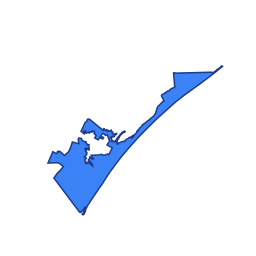 San Francisco del Mar, Oaxaca, Mexico, rotated 297°
{"feature_id": "50627088B36646128750714", "entity_name": "San Francisco del Mar", "entity_type": "district", "adm_level": 2, "iso_a3": "MEX", "parent_name": "Mexico", "parent_adm1": "Oaxaca", "projection": "mercator", "projection_center": [-94.444, 16.207], "detail": "fine", "context": "isolated", "style": "filled", "palette": "blue", "viewbox_px": 256, "rotation_deg": 297, "n_neighbors": 0, "source": "geoboundaries", "source_scale": "gbopen_adm2", "svg_char_len": 5785}
<svg xmlns="http://www.w3.org/2000/svg" viewBox="0 0 256 256"><g transform="rotate(297 128 128)"><path d="M215.5,176.8L198.7,145.9L198.1,143.8L197.8,143.6L185.4,151.2L185.2,150.7L184.2,150.2L183.6,149.3L182.4,148.7L181.8,148.4L181.5,147.9L181.2,147.8L180.6,148.0L179.2,147.2L179.1,146.7L178.5,146.5L177.6,145.8L176.9,145.8L176.2,145.0L175.7,144.9L173.3,143.3L172.6,143.0L172.1,143.1L171.5,143.6L168.6,147.8L167.7,147.1L160.0,144.7L153.7,145.8L151.6,145.7L150.6,145.5L149.5,145.1L146.7,143.8L144.5,143.0L142.1,141.7L139.4,140.6L138.9,140.2L138.5,140.1L137.8,139.8L137.7,139.4L137.1,139.4L137.0,139.6L136.7,139.7L135.7,139.2L134.9,139.1L133.5,138.5L131.5,138.1L131.1,138.2L130.5,137.9L130.2,137.6L129.8,137.4L128.8,137.6L129.5,137.9L129.4,138.1L129.1,138.1L127.8,137.8L127.5,137.8L126.5,137.3L125.6,137.2L125.3,136.9L124.8,136.6L124.2,136.9L123.6,136.6L123.0,136.6L122.6,136.8L122.1,136.5L120.8,136.1L120.8,135.7L121.3,135.8L121.7,136.2L122.0,136.3L122.0,136.1L121.7,136.0L121.5,135.8L121.6,135.5L122.8,136.1L123.0,136.1L123.4,135.8L123.3,135.6L122.5,135.4L121.7,134.7L120.7,134.6L120.4,134.3L120.4,133.7L120.2,133.4L119.7,133.2L119.1,133.2L117.3,131.8L117.1,131.5L115.7,131.4L114.9,130.9L114.6,131.0L114.6,130.8L114.1,130.4L114.1,130.1L112.7,128.4L110.7,127.0L110.0,126.3L109.6,126.3L108.6,125.8L108.8,125.5L110.3,125.1L110.7,124.8L110.7,124.5L110.5,124.2L112.6,124.1L115.0,124.4L116.3,124.3L118.4,124.6L119.9,125.2L120.4,125.2L120.9,125.4L121.5,125.7L122.0,126.4L122.9,127.1L123.7,126.9L123.8,126.8L123.8,126.5L123.0,125.9L122.6,125.4L121.7,124.9L118.9,124.1L115.5,123.3L114.6,123.3L113.7,123.0L112.6,123.0L111.0,122.5L109.7,122.6L109.4,122.2L109.3,121.9L109.7,121.4L109.8,120.9L109.5,120.7L109.3,120.7L108.8,120.1L109.2,120.0L109.6,119.8L109.8,119.4L109.7,119.2L109.3,119.2L109.7,118.8L110.1,118.9L110.4,118.8L111.2,117.7L112.1,117.8L112.3,117.4L112.0,117.0L112.3,117.1L112.5,117.3L113.0,117.4L113.0,117.7L113.4,117.7L113.9,118.1L114.1,118.7L114.1,118.8L113.6,119.0L114.2,119.8L115.5,119.5L116.8,120.0L116.9,120.4L117.1,120.5L117.7,120.5L117.9,120.3L117.9,120.0L117.6,119.9L117.3,119.5L116.6,118.8L116.1,118.6L116.0,118.1L116.3,117.0L116.1,116.6L116.6,116.6L116.7,116.2L117.0,116.2L117.4,116.3L117.3,115.5L117.5,115.0L117.8,114.8L117.9,114.5L117.8,114.3L118.4,114.2L118.5,114.0L117.8,113.6L117.3,113.0L117.0,112.9L116.5,112.1L116.2,111.9L116.4,111.8L116.7,111.5L116.9,110.2L116.8,109.8L116.6,109.6L116.0,110.3L115.5,109.7L115.7,108.5L115.9,107.9L116.6,107.1L116.3,106.6L114.6,107.0L118.4,89.5L117.4,87.9L115.5,88.1L114.6,88.0L113.5,87.3L103.6,87.7L103.6,89.1L103.1,90.4L102.9,91.3L102.9,91.7L104.4,91.5L104.5,90.8L104.8,90.4L105.1,90.3L105.7,90.5L106.1,91.1L106.1,91.6L105.9,91.9L105.0,91.8L104.7,92.0L104.3,92.8L104.3,93.1L104.4,93.3L105.2,93.6L106.2,94.6L106.2,95.1L105.8,95.5L105.8,95.8L106.6,96.0L107.5,95.9L107.7,96.2L107.8,97.3L108.0,97.4L108.6,97.6L108.2,98.0L108.5,98.3L108.8,98.4L109.2,98.1L109.6,98.5L109.8,98.8L109.4,100.0L108.9,100.1L108.6,100.4L107.6,100.3L106.8,103.0L104.0,102.9L103.9,106.8L106.7,107.2L106.7,108.5L106.8,110.5L108.5,110.5L108.2,107.4L111.5,107.8L111.9,109.2L111.4,110.4L111.3,111.2L112.6,112.7L109.3,116.0L108.2,117.5L104.9,117.1L103.9,117.1L103.4,117.0L103.1,123.0L95.6,123.0L95.6,121.6L95.2,121.6L94.6,120.8L92.6,119.0L92.5,116.1L91.2,115.1L87.0,107.6L85.1,110.1L85.0,110.4L85.2,110.9L85.2,111.2L85.0,111.3L84.3,110.6L84.2,109.3L84.3,108.8L85.0,107.5L84.9,107.2L84.4,107.7L84.0,107.5L83.4,107.6L82.4,107.3L82.2,107.4L81.5,107.1L81.3,107.1L81.0,107.9L81.1,108.5L80.8,109.7L80.3,111.1L79.6,112.1L79.3,112.8L78.9,113.2L78.3,113.6L78.5,113.2L78.6,111.8L79.6,108.7L79.6,108.4L79.2,108.2L78.9,107.9L78.9,107.5L78.6,107.8L78.4,107.8L78.3,108.0L79.1,108.5L78.9,108.6L78.3,108.1L78.1,107.7L77.5,107.1L77.4,106.2L77.9,106.0L78.3,105.5L79.0,105.3L79.6,104.2L79.8,104.1L80.7,104.1L80.9,104.3L81.6,104.4L81.7,104.6L82.1,104.6L82.2,103.9L82.4,103.7L82.4,103.4L82.2,102.9L82.2,102.3L82.5,102.2L82.9,102.8L83.7,102.9L84.2,102.8L85.0,103.3L85.4,103.3L86.0,103.0L86.3,102.5L87.2,102.8L87.3,102.7L87.7,101.9L87.8,101.0L88.8,101.1L90.1,100.5L90.1,100.1L89.4,99.5L89.5,99.2L90.0,99.1L90.3,99.2L90.8,99.7L91.2,99.7L91.4,100.1L90.9,100.5L91.0,101.1L90.8,101.8L90.6,102.0L90.4,102.5L90.6,102.8L90.8,102.9L90.9,103.3L91.1,103.4L91.7,102.9L94.8,100.9L95.4,100.8L94.5,99.6L95.0,99.3L95.5,97.7L96.8,96.6L96.6,96.1L95.9,95.4L96.1,93.3L96.4,92.3L97.5,91.4L97.5,91.0L97.4,90.8L96.9,89.0L96.7,88.6L96.3,88.5L95.2,88.9L93.0,90.3L91.9,91.2L91.8,90.6L91.4,90.6L90.3,84.8L85.3,85.6L80.1,85.9L74.7,83.9L76.2,78.2L76.0,76.9L75.0,77.0L75.0,75.9L74.6,75.9L74.5,76.1L72.9,76.1L72.6,75.2L72.8,71.8L60.4,72.6L64.6,80.1L65.2,81.5L65.3,83.3L65.2,84.0L64.2,88.0L60.9,87.1L59.7,87.1L59.1,86.9L58.5,86.5L57.4,86.1L57.1,86.2L56.5,85.9L55.6,85.6L51.4,84.9L50.0,84.9L49.8,84.7L34.4,116.1L31.4,122.3L31.4,122.6L31.0,123.1L31.2,123.8L31.6,124.2L31.8,124.1L32.3,124.7L32.2,124.2L32.7,124.6L33.5,124.8L33.7,125.1L34.0,125.2L34.4,125.1L34.9,125.2L35.9,125.7L36.4,125.5L37.4,125.5L37.5,125.4L38.0,125.8L37.7,125.9L37.3,125.8L36.7,126.0L36.5,125.8L35.9,125.8L35.2,126.2L34.3,126.1L34.3,126.3L34.5,126.4L36.2,126.4L36.6,126.6L37.0,126.6L37.0,126.8L36.3,126.7L36.1,126.4L35.9,126.7L32.3,126.7L31.5,126.9L31.4,126.8L31.0,126.1L30.6,126.3L30.6,126.6L30.2,126.6L30.2,126.8L30.4,127.0L30.6,127.8L32.6,127.9L33.5,127.7L34.4,127.9L36.3,127.2L37.0,127.2L41.1,127.3L48.6,128.1L61.8,129.7L65.7,130.4L76.8,131.4L83.3,132.3L85.6,132.8L87.4,133.0L99.1,135.1L113.0,138.4L124.5,141.5L136.1,145.1L148.0,149.1L153.7,151.2L172.4,158.4L181.9,162.8L201.8,173.0L217.0,180.3L225.8,184.2L225.8,183.2L225.1,183.0L224.7,182.7L223.4,182.5L222.9,182.2L222.2,182.0L221.7,181.5L220.2,180.7L219.3,180.5L217.9,179.8L216.9,179.2L216.3,179.0L216.0,178.1L215.4,177.6L215.5,176.8Z" fill="#3b82f6" stroke="#1e3a8a" stroke-width="1.5"/></g></svg>